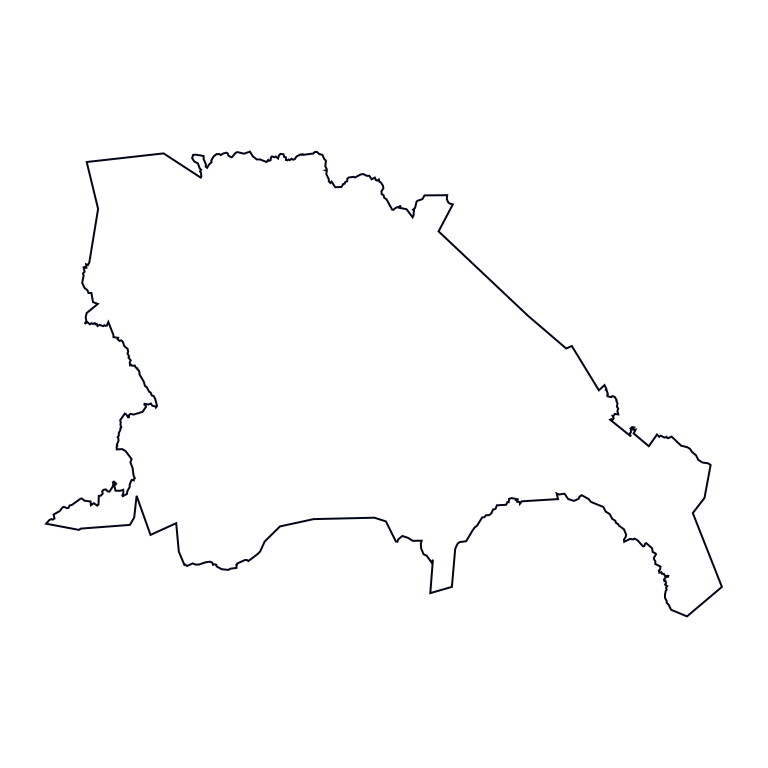 Ocampo, Chihuahua, Mexico (Natural Earth projection)
{"feature_id": "50627088B44718713830957", "entity_name": "Ocampo", "entity_type": "district", "adm_level": 2, "iso_a3": "MEX", "parent_name": "Mexico", "parent_adm1": "Chihuahua", "projection": "natural_earth1", "projection_center": [-108.229, 28.145], "detail": "fine", "context": "isolated", "style": "outline", "palette": "ink", "viewbox_px": 768, "rotation_deg": 0, "n_neighbors": 0, "source": "geoboundaries", "source_scale": "gbopen_adm2", "svg_char_len": 6071}
<svg xmlns="http://www.w3.org/2000/svg" viewBox="0 0 768 768"><path d="M671.1,609.8L687.0,616.4L721.9,586.9L692.8,513.1L704.5,497.9L710.6,465.0L708.1,463.3L702.4,462.5L698.2,459.8L696.1,455.4L692.0,451.9L689.9,448.8L687.5,447.3L681.0,445.6L671.6,436.6L668.2,438.2L666.8,437.7L666.5,436.8L664.5,437.6L660.7,435.7L659.2,436.8L657.0,434.5L648.8,446.2L633.6,433.4L635.6,429.5L633.1,429.7L632.6,428.6L633.9,427.4L632.0,427.1L630.5,428.6L631.0,429.1L630.8,432.5L629.6,433.6L630.9,436.4L610.1,419.7L611.2,419.1L612.7,419.6L613.7,418.2L612.6,415.9L613.4,416.0L614.7,414.0L618.3,414.4L617.4,411.2L618.2,408.5L616.9,406.7L617.5,403.3L616.3,400.9L616.7,400.3L614.8,397.0L612.4,396.1L611.0,397.1L607.5,396.3L607.2,395.1L607.9,394.2L606.9,391.0L605.8,390.0L606.5,389.2L604.5,385.1L598.9,390.3L571.8,346.0L566.2,348.5L527.8,315.6L438.6,231.4L452.8,204.4L449.3,203.4L447.9,201.8L446.8,198.9L447.2,195.2L424.5,195.4L422.4,199.1L417.2,200.9L416.5,201.8L415.1,207.8L413.1,209.7L414.0,210.0L413.5,215.5L412.6,217.3L406.5,209.2L399.4,207.8L400.4,206.3L400.5,205.4L399.7,206.7L396.4,207.5L393.3,209.8L392.1,209.6L386.6,199.5L384.2,197.6L383.4,194.9L381.7,194.2L381.5,191.3L383.4,188.1L382.8,185.4L380.9,182.5L379.4,181.7L378.8,179.5L377.4,180.6L375.9,180.1L374.8,177.6L371.7,179.3L369.3,175.8L366.6,175.8L363.5,174.1L361.1,174.3L354.9,177.5L353.7,176.8L348.8,177.5L347.3,178.7L347.2,181.3L345.4,181.9L344.5,183.8L343.3,183.9L341.4,187.0L335.2,187.2L331.6,181.6L330.4,183.0L328.8,181.3L328.8,179.2L326.3,174.1L326.8,170.8L325.8,170.4L326.7,170.2L326.7,169.1L325.3,166.2L325.9,160.7L324.0,158.6L322.4,154.8L319.5,154.2L316.7,151.8L314.5,152.2L313.4,153.5L303.5,154.8L302.8,154.2L302.1,154.9L300.9,154.3L296.6,156.4L294.7,159.2L293.1,159.7L291.6,158.7L289.8,160.2L288.6,159.5L287.5,160.3L286.0,160.0L285.9,157.4L284.2,156.9L283.5,154.3L280.4,153.9L279.0,155.3L278.1,158.5L275.8,156.5L274.2,157.3L272.0,156.4L271.0,157.4L270.5,160.3L268.7,160.8L268.2,160.0L266.5,162.0L260.2,159.5L256.7,159.4L252.8,156.3L249.9,151.6L244.0,153.7L237.5,152.1L235.6,152.8L232.2,157.0L231.2,157.3L228.4,155.6L227.7,153.5L226.4,152.7L223.2,153.5L220.8,155.1L219.5,154.1L216.5,154.1L213.6,156.5L211.3,160.4L211.6,162.1L209.1,164.5L207.1,167.8L205.6,166.6L206.0,164.6L203.6,159.0L203.6,156.0L195.9,154.7L193.1,154.9L192.1,158.1L194.3,161.5L197.9,163.4L199.6,168.1L201.1,169.9L200.0,171.3L201.0,172.8L201.3,176.4L200.7,177.6L163.6,153.4L86.7,162.0L98.1,208.9L89.3,262.6L87.9,265.0L86.1,264.3L86.4,267.8L85.3,267.8L85.0,267.0L83.6,267.3L84.6,271.7L83.0,273.5L83.6,275.7L82.2,282.9L84.5,287.9L87.4,290.2L88.5,293.0L91.4,293.0L93.0,302.1L97.8,303.9L86.6,313.1L85.7,317.4L86.3,320.9L84.8,323.9L87.2,322.0L89.9,324.4L91.4,323.2L92.9,323.9L94.8,323.2L95.3,324.3L96.7,323.9L97.5,326.0L99.7,324.8L103.0,326.2L104.3,325.2L105.4,325.9L106.8,325.6L108.3,322.0L113.4,334.9L113.5,337.2L118.2,337.8L117.6,339.3L119.7,341.0L121.1,340.3L122.8,341.7L124.3,346.2L127.5,348.7L128.2,351.5L127.5,353.5L129.1,356.4L128.5,357.6L130.7,360.3L129.7,362.4L130.1,365.3L131.1,364.8L131.9,365.7L134.9,365.7L135.6,367.4L137.4,368.4L137.3,369.2L138.8,370.5L139.5,372.4L139.4,374.2L143.8,381.8L145.0,386.0L146.6,387.0L149.3,391.9L150.6,392.5L151.7,395.3L153.6,396.0L155.2,398.8L157.0,406.1L155.9,407.5L155.4,406.4L152.4,405.8L150.8,403.5L148.4,404.5L144.6,403.8L144.4,404.7L145.5,405.4L146.0,406.8L142.5,411.9L133.4,414.6L130.7,413.8L129.2,414.8L128.9,417.2L128.2,417.4L126.1,414.3L124.8,413.6L120.2,420.2L120.7,422.4L120.5,425.2L121.3,427.4L120.5,427.9L120.3,430.1L118.8,433.0L118.8,435.7L117.6,437.2L118.3,438.2L118.5,440.8L116.8,444.9L117.3,445.8L116.6,447.1L116.8,449.4L122.3,449.1L125.7,451.2L131.6,459.1L130.4,462.3L132.6,468.1L133.5,475.2L134.8,478.3L134.0,478.8L133.8,480.4L131.8,479.9L131.3,480.6L129.7,484.6L129.7,487.0L127.3,491.2L127.0,493.9L122.8,496.2L122.3,495.4L123.4,492.9L123.2,489.8L120.2,490.8L115.5,490.7L114.1,484.9L115.6,484.6L116.1,483.5L113.8,481.6L112.9,482.2L113.3,484.1L112.7,486.6L109.5,491.6L107.8,491.4L105.7,489.4L103.6,489.8L102.2,491.3L102.7,493.7L100.7,495.7L98.8,495.9L98.5,504.4L97.2,505.6L93.8,503.2L90.9,505.2L90.6,501.5L84.5,500.7L81.8,498.5L80.5,498.7L72.1,504.8L69.5,505.6L68.6,507.8L67.0,508.2L63.9,506.8L62.5,507.5L59.6,511.2L53.6,514.5L54.5,518.5L52.8,519.6L51.4,519.1L49.3,520.1L46.1,523.7L79.0,529.9L80.8,528.6L129.9,524.9L134.2,517.5L136.6,495.8L150.5,534.9L176.2,523.2L178.8,551.6L184.4,564.9L185.1,564.5L187.0,566.0L192.8,563.4L195.6,564.6L199.1,564.5L206.0,562.2L210.1,561.7L212.1,562.5L213.0,564.8L214.0,564.2L216.3,564.8L216.6,566.4L221.7,569.2L228.4,569.9L230.4,568.7L236.5,567.9L236.4,564.8L237.0,564.8L237.2,563.5L245.0,560.0L247.2,560.1L248.3,561.1L257.9,553.8L260.1,551.6L264.7,541.5L280.0,526.4L313.7,519.1L374.4,517.7L385.9,521.4L395.9,541.5L397.4,541.7L398.3,539.3L402.3,536.0L407.9,537.8L412.6,540.8L421.6,540.7L420.8,543.9L421.2,548.6L423.6,554.3L426.7,555.7L431.6,562.6L432.9,559.7L430.3,593.1L451.9,586.9L455.2,548.9L456.5,545.8L457.9,543.3L459.8,542.1L466.2,541.2L472.1,531.2L474.7,527.4L476.9,525.9L482.2,517.4L484.4,517.2L485.9,515.3L489.3,515.1L491.5,513.1L493.1,509.4L495.4,509.0L496.9,505.3L506.1,504.8L507.4,502.1L508.7,502.2L509.2,498.8L511.7,498.1L517.2,499.2L516.3,500.1L517.6,500.3L517.2,501.8L519.6,502.0L519.9,503.8L521.8,501.3L558.0,499.1L556.7,493.5L559.0,494.5L564.5,493.7L568.1,499.0L573.9,500.9L578.6,498.8L579.5,496.7L581.7,495.2L588.7,499.1L590.9,501.9L603.4,507.0L605.6,511.5L609.7,514.1L612.3,518.9L615.3,520.8L616.1,523.0L618.1,524.1L619.0,525.7L623.9,529.2L626.1,534.6L625.8,536.7L624.0,539.5L624.2,541.8L630.1,538.9L633.1,539.4L634.6,538.6L637.6,540.3L643.0,546.4L644.4,546.0L645.0,543.8L646.2,543.1L652.1,548.2L652.7,552.0L655.5,553.4L656.0,554.4L653.9,557.7L654.0,559.2L655.4,561.4L655.2,563.9L660.5,566.6L660.1,569.5L658.8,570.6L659.4,572.7L661.3,572.2L662.0,573.8L663.9,573.8L664.8,575.8L668.3,575.9L668.1,576.8L666.1,576.9L664.0,579.4L664.4,581.0L665.4,580.7L666.0,583.1L665.1,584.6L667.3,586.1L666.1,587.5L666.6,589.8L665.8,590.7L665.0,594.5L665.0,597.9L666.7,601.1L666.7,602.7L668.7,604.9L671.1,609.8Z" fill="none" stroke="#020617" stroke-width="2"/></svg>